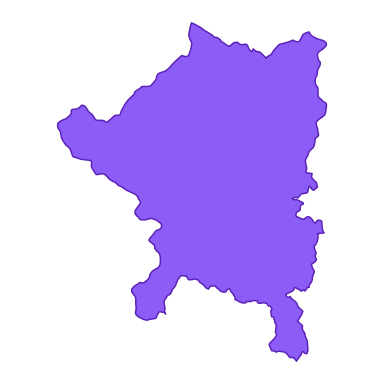 outline of Quang Binh, Hà Giang, Vietnam
{"feature_id": "81297802B33189914091729", "entity_name": "Quang Binh", "entity_type": "district", "adm_level": 2, "iso_a3": "VNM", "parent_name": "Vietnam", "parent_adm1": "Hà Giang", "projection": "robinson", "projection_center": [104.681, 22.384], "detail": "fine", "context": "isolated", "style": "filled", "palette": "violet", "viewbox_px": 384, "rotation_deg": 0, "n_neighbors": 0, "source": "geoboundaries", "source_scale": "gbopen_adm2", "svg_char_len": 5980}
<svg xmlns="http://www.w3.org/2000/svg" viewBox="0 0 384 384"><path d="M325.8,42.3L323.3,40.6L318.1,39.1L313.3,36.9L311.0,35.1L308.9,31.9L304.5,33.5L303.6,34.1L302.7,35.1L300.0,40.3L298.8,41.6L297.7,41.9L294.7,41.1L292.7,40.1L288.9,41.9L279.5,44.4L278.7,45.0L273.7,50.5L271.1,54.5L267.2,56.7L266.2,58.2L260.7,52.7L259.8,52.1L255.9,51.2L254.5,50.2L253.7,49.1L253.0,49.2L251.9,51.5L251.5,51.6L251.0,51.3L248.8,48.9L247.5,45.3L246.2,44.2L241.8,44.7L240.3,44.4L239.1,43.8L237.6,42.3L236.4,42.3L234.1,42.6L233.3,43.1L229.4,46.3L227.7,45.7L226.0,44.7L224.1,43.1L221.5,41.8L220.4,39.9L218.5,38.4L216.9,37.5L214.3,37.2L213.6,36.8L212.4,35.2L203.8,30.0L201.2,27.9L194.9,24.3L191.5,23.0L190.4,26.1L188.8,34.4L189.2,37.0L190.1,39.7L191.6,42.4L191.6,44.9L191.1,48.2L188.6,55.5L187.3,56.3L185.4,56.6L182.1,55.7L181.5,55.7L173.3,63.2L170.6,66.4L168.3,68.7L165.1,71.2L159.5,73.0L158.3,73.8L157.2,75.1L156.7,76.2L156.5,78.2L155.8,79.9L150.9,85.6L150.0,86.1L147.7,86.4L141.9,86.5L139.8,88.5L135.2,91.4L134.6,92.3L134.4,93.9L128.3,99.8L124.7,104.7L121.4,110.7L119.8,115.3L115.9,115.2L114.5,115.8L106.8,122.5L103.7,120.6L102.6,120.4L97.6,120.3L96.5,120.1L95.4,119.7L93.4,116.2L92.0,114.4L88.7,111.8L86.5,108.3L85.0,106.4L83.8,105.6L81.7,105.2L79.4,107.5L78.1,108.4L75.2,109.2L72.3,109.5L71.3,110.1L71.3,113.0L70.1,115.2L66.2,118.6L61.5,120.5L58.2,122.8L57.7,124.0L57.5,125.0L58.1,128.3L60.3,131.6L61.6,138.2L63.2,141.2L65.6,144.7L69.8,148.5L71.3,152.0L72.4,155.6L73.1,156.7L80.8,159.2L90.4,160.5L91.4,161.3L91.6,162.4L91.3,166.1L92.4,168.8L95.6,173.8L96.3,174.5L98.1,174.5L101.2,173.8L104.0,174.0L106.3,175.7L109.1,178.9L112.5,181.3L114.9,182.2L118.8,185.7L121.4,186.6L126.5,190.2L135.4,194.3L137.9,196.8L137.9,197.8L140.5,202.0L140.5,202.8L135.1,210.8L135.0,213.1L135.3,214.0L136.6,215.7L138.3,217.0L139.0,218.3L140.5,219.7L144.8,219.9L150.9,218.4L152.6,218.7L156.6,220.3L160.3,223.0L161.4,224.5L161.7,226.1L160.8,228.5L159.3,229.4L156.4,230.6L155.5,231.2L153.8,233.8L150.3,237.7L149.0,239.8L149.0,240.4L149.9,241.5L154.5,245.3L154.7,246.2L154.7,248.2L156.2,250.6L158.1,252.1L159.6,253.8L160.3,257.2L160.4,259.4L160.2,263.6L159.8,265.5L158.2,267.5L152.4,271.1L149.9,274.5L149.1,278.3L144.3,282.5L143.3,282.9L139.9,282.5L133.8,286.6L131.9,288.8L131.7,290.4L131.8,292.0L135.2,296.5L135.8,298.7L135.7,303.1L136.2,308.0L135.5,312.8L136.0,314.6L138.7,317.0L143.4,319.4L147.0,320.2L150.5,319.2L154.7,318.6L156.1,318.0L158.1,313.4L159.0,312.2L159.7,311.7L163.7,312.4L165.4,313.7L165.3,313.1L164.4,312.0L165.0,309.6L164.6,305.7L164.1,303.5L164.2,300.8L166.1,298.0L167.3,295.8L169.9,294.2L170.6,293.6L171.8,291.4L172.5,289.2L174.2,287.6L175.5,285.4L176.1,284.2L176.2,283.2L177.0,281.8L177.8,279.8L180.3,276.5L181.0,276.0L182.5,275.5L184.6,276.1L186.3,276.0L188.3,279.4L188.9,279.8L192.3,279.6L194.2,278.9L198.3,280.0L199.8,282.3L203.0,284.5L204.8,286.3L205.5,287.6L208.1,289.0L208.4,289.1L209.6,287.1L210.7,286.2L214.6,285.8L215.4,286.3L216.8,287.9L218.5,289.1L220.1,290.8L222.4,292.0L223.8,292.2L226.1,291.7L226.9,289.6L228.3,289.1L229.9,289.1L230.6,291.0L231.4,292.2L232.7,293.3L233.5,295.0L234.6,296.4L235.1,298.4L235.1,299.8L237.2,300.4L238.6,301.5L242.0,302.8L244.4,303.0L245.8,302.7L247.3,301.4L250.5,301.7L252.3,300.7L256.6,300.6L257.2,301.0L257.4,302.0L257.9,302.8L258.3,303.0L259.7,303.3L264.2,302.7L266.6,303.5L268.6,306.0L269.9,306.1L270.5,306.5L271.8,308.7L271.9,309.3L271.0,310.4L270.8,311.3L271.4,315.8L271.7,316.7L272.7,316.9L273.7,317.5L274.1,319.6L274.6,320.2L274.9,322.7L275.9,324.2L276.3,326.8L275.9,327.7L275.8,330.2L275.3,331.9L276.1,333.2L276.4,335.3L274.9,338.0L269.8,343.2L269.3,344.2L269.2,345.3L270.5,347.9L270.9,349.2L271.9,350.8L274.2,351.0L275.9,352.0L276.7,352.0L278.2,351.3L279.1,351.2L284.1,352.0L285.8,352.9L287.2,354.1L289.3,357.0L290.4,357.6L293.5,357.6L296.5,361.0L301.4,354.2L301.8,352.4L302.6,351.5L303.0,351.5L303.6,351.9L303.9,352.6L305.3,353.5L306.6,353.6L307.1,353.0L308.0,350.2L307.2,340.9L305.1,335.8L304.9,333.5L302.9,330.5L302.5,329.5L302.3,328.0L302.5,325.7L297.6,321.2L301.8,314.2L302.8,311.5L302.7,311.1L298.4,307.1L296.4,302.8L295.5,301.7L291.1,298.2L290.3,296.7L288.1,297.3L286.9,296.9L286.3,296.0L286.1,294.1L292.3,291.2L293.4,290.2L294.9,287.6L296.0,287.7L297.2,288.9L299.1,289.1L300.6,291.0L301.3,291.0L303.1,290.1L303.6,290.1L304.7,290.9L305.0,290.9L306.1,289.7L307.3,287.5L309.1,287.3L309.0,286.0L309.4,285.0L311.9,281.2L312.7,276.0L314.3,272.0L314.0,270.4L312.6,268.3L311.5,264.5L311.7,264.0L314.5,262.2L316.0,260.5L316.5,259.4L316.4,259.0L315.2,256.9L315.1,256.2L316.0,253.7L316.0,252.6L314.9,250.0L314.0,246.0L315.5,244.9L317.3,241.3L318.1,237.1L317.5,233.8L318.4,234.0L320.1,233.0L322.3,233.4L324.0,232.7L322.7,230.8L321.8,223.9L321.9,221.8L321.0,220.8L320.1,220.3L318.2,220.2L316.7,221.1L316.1,222.3L315.1,223.0L313.9,222.1L311.4,218.6L309.3,216.9L307.3,216.8L303.8,219.3L303.4,219.3L299.3,217.9L295.8,215.9L296.2,213.0L297.2,211.9L298.8,211.1L300.1,210.1L300.4,206.6L300.9,205.2L301.9,204.5L302.9,204.4L303.4,203.8L303.3,203.0L302.7,202.5L297.2,199.8L294.3,199.7L292.4,198.7L294.3,197.5L295.7,197.4L297.8,198.0L301.4,193.9L307.0,192.9L307.7,192.0L308.8,187.0L309.6,186.2L310.6,187.1L311.1,188.4L313.1,190.2L313.9,190.1L317.4,187.2L316.7,183.5L315.9,181.9L314.4,180.8L311.8,177.7L311.5,176.4L312.1,174.0L311.9,173.5L308.8,173.2L306.7,172.7L305.8,171.8L305.7,171.3L306.7,168.9L306.6,167.5L305.8,164.1L305.3,160.2L308.2,154.6L308.9,151.9L309.5,151.0L312.9,147.9L314.0,146.0L314.6,143.7L315.2,139.0L315.6,138.1L317.2,137.0L318.3,135.7L318.6,134.7L317.8,131.1L317.6,128.5L316.4,125.3L316.1,122.5L317.2,120.9L319.6,118.8L322.1,117.3L324.1,115.5L325.4,113.5L326.5,106.0L326.3,103.9L325.4,102.6L323.5,101.8L321.2,99.3L319.3,98.0L318.6,97.0L318.3,96.4L318.0,93.2L317.9,88.1L317.6,87.3L315.7,84.6L315.3,83.1L315.1,80.2L315.6,77.9L316.7,75.8L317.2,74.2L317.6,70.0L319.6,66.2L320.3,64.2L320.3,62.4L318.6,60.0L318.1,59.0L317.4,55.0L317.7,53.2L319.7,51.1L323.3,48.8L326.3,45.6L326.4,43.9L325.8,42.3Z" fill="#8b5cf6" stroke="#5b21b6" stroke-width="1.5"/></svg>